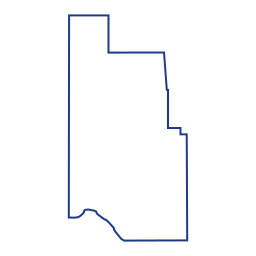 Harmon, Oklahoma, United States of America (orthographic projection)
{"feature_id": "52423323B18210039689715", "entity_name": "Harmon", "entity_type": "district", "adm_level": 2, "iso_a3": "USA", "parent_name": "United States of America", "parent_adm1": "Oklahoma", "projection": "orthographic", "projection_center": [-99.881, 34.769], "detail": "fine", "context": "isolated", "style": "outline", "palette": "blue", "viewbox_px": 256, "rotation_deg": 0, "n_neighbors": 0, "source": "geoboundaries", "source_scale": "gbopen_adm2", "svg_char_len": 582}
<svg xmlns="http://www.w3.org/2000/svg" viewBox="0 0 256 256"><path d="M69.9,217.5L74.0,217.7L77.9,217.2L79.0,216.8L81.2,215.2L83.5,212.9L84.0,212.3L84.0,211.6L84.3,210.6L85.1,209.9L88.2,209.5L94.0,210.6L96.2,211.5L96.7,213.3L98.8,215.2L104.8,219.6L105.8,219.7L106.6,220.2L108.9,222.5L113.5,227.6L113.9,228.4L114.2,229.8L115.4,231.7L121.0,238.6L124.0,240.6L187.2,240.4L186.8,146.9L186.7,134.3L180.5,134.3L180.5,128.0L168.0,128.0L168.0,89.9L166.8,89.9L164.0,52.5L108.5,52.6L108.5,15.4L69.1,15.4L68.9,137.5L68.8,217.5L69.9,217.5Z" fill="none" stroke="#1e3a8a" stroke-width="2"/></svg>